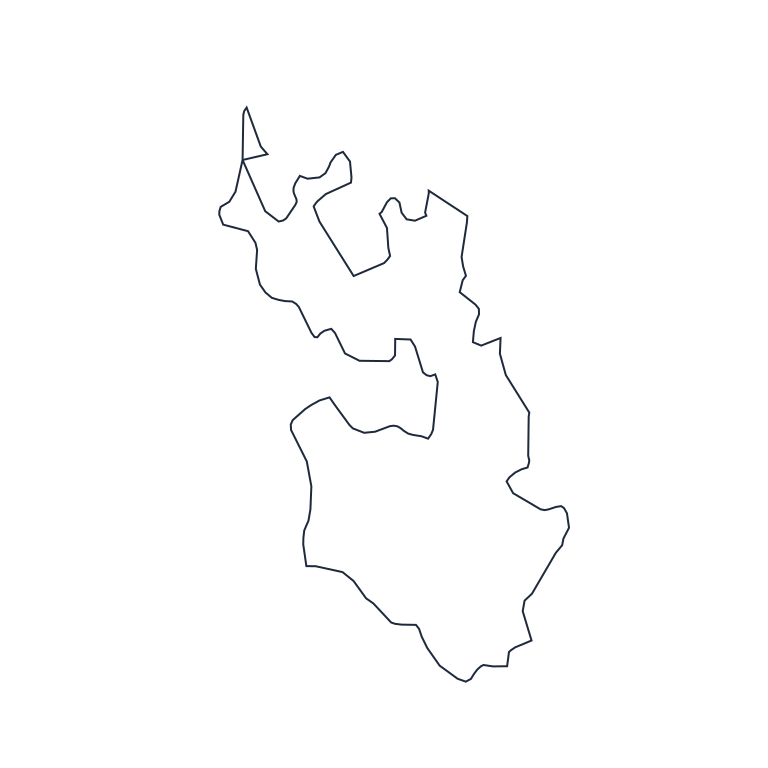 the border of Basel-Landschaft, rotated 68°
{"feature_id": "CHE-3423", "entity_name": "Basel-Landschaft", "entity_type": "Canton", "adm_level": 1, "iso_a3": "CHE", "parent_name": "Switzerland", "parent_adm1": "", "projection": "robinson", "projection_center": [7.631, 47.451], "detail": "fine", "context": "isolated", "style": "outline", "palette": "slate", "viewbox_px": 768, "rotation_deg": 68, "n_neighbors": 0, "source": "natural_earth", "source_scale": "10m", "svg_char_len": 2491}
<svg xmlns="http://www.w3.org/2000/svg" viewBox="0 0 768 768"><g transform="rotate(68 384 384)"><path d="M421.3,267.7L465.0,260.0L468.3,262.0L504.6,277.2L509.2,277.9L511.5,279.2L515.2,282.2L514.6,288.2L515.2,295.4L517.4,302.5L520.2,306.8L533.6,305.2L558.7,285.9L561.1,282.4L561.9,278.4L562.4,270.6L563.6,265.5L566.4,263.6L572.4,262.8L586.6,266.3L594.5,275.5L600.2,279.2L604.8,287.8L633.9,325.4L637.5,334.8L646.6,340.5L677.1,343.3L677.3,361.0L678.4,366.1L679.3,368.5L691.8,375.6L686.6,388.9L681.8,397.0L682.0,399.8L683.7,404.5L686.6,409.3L690.0,413.9L690.6,419.7L684.8,426.2L666.0,437.9L644.9,442.8L632.1,443.7L624.2,443.2L619.3,444.6L613.7,457.8L610.5,463.6L607.8,466.7L583.4,476.1L576.0,480.9L555.3,486.0L542.9,492.9L527.3,515.7L523.8,524.2L502.6,519.0L496.7,516.5L489.9,512.8L482.4,505.2L472.7,499.2L451.7,489.7L426.9,484.6L391.8,487.4L386.6,485.6L383.3,482.2L377.7,466.4L376.2,459.1L375.1,449.9L376.0,439.5L385.3,437.4L409.0,431.4L413.5,429.5L421.8,420.7L424.9,410.2L425.3,394.4L426.3,390.6L428.3,387.4L431.1,385.2L435.1,383.0L439.1,380.1L442.0,376.3L446.5,368.8L451.2,363.6L448.1,358.9L444.8,355.7L402.3,333.4L394.3,332.9L394.1,338.1L391.8,341.2L387.8,343.5L360.9,341.2L352.7,342.7L346.4,356.7L361.7,363.1L364.1,367.5L364.8,370.5L353.3,398.0L341.1,408.7L318.5,410.3L313.1,412.2L312.3,419.3L313.4,424.2L315.7,428.3L314.4,430.8L309.3,432.1L280.7,434.1L276.8,435.5L273.1,438.2L270.1,444.6L266.6,450.1L262.1,455.7L254.8,459.6L245.4,461.8L229.2,459.7L212.1,451.4L205.0,450.3L191.4,452.8L176.0,473.4L165.2,473.3L162.0,471.8L158.6,469.1L157.1,459.2L150.1,449.7L123.3,431.2L179.3,429.4L193.9,420.8L194.6,416.3L193.8,412.6L184.7,399.1L182.4,396.7L180.1,396.0L173.4,396.1L171.0,395.6L168.2,394.3L165.9,392.2L164.6,391.0L159.8,384.4L159.5,384.1L165.0,378.0L168.3,366.4L166.6,359.3L161.8,353.5L158.5,350.5L153.5,342.8L153.4,335.1L165.0,332.2L180.4,336.8L184.9,339.2L186.1,366.8L189.5,376.8L190.9,379.6L193.0,382.7L209.3,383.0L272.5,371.7L271.9,338.6L270.2,334.7L267.6,330.4L259.5,329.0L240.4,322.8L224.5,324.4L223.7,321.7L216.6,313.2L214.4,308.2L215.8,304.3L221.5,301.7L231.8,303.5L239.8,301.3L244.2,294.1L243.9,281.7L240.5,281.7L223.9,271.0L221.5,270.1L259.5,243.8L265.1,246.5L295.3,264.5L304.7,266.6L314.4,267.5L317.2,272.1L327.2,279.4L344.7,269.4L349.9,267.9L355.0,269.8L360.7,275.5L368.5,280.8L378.5,285.9L384.8,279.5L385.0,258.7L399.4,265.2L421.3,267.7ZM117.7,409.3L127.3,406.0L123.3,431.2L81.7,413.6L78.6,411.4L76.2,407.8L117.7,409.3Z" fill="none" stroke="#1e293b" stroke-width="2"/></g></svg>